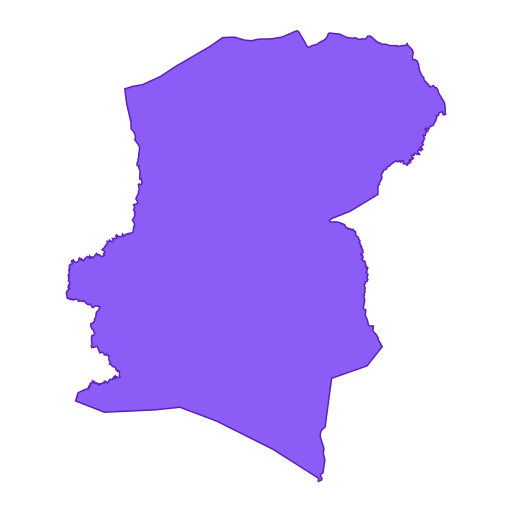 the district of Cahora Bassa, Tete, Mozambique
{"feature_id": "85939544B63348478902842", "entity_name": "Cahora Bassa", "entity_type": "district", "adm_level": 2, "iso_a3": "MOZ", "parent_name": "Mozambique", "parent_adm1": "Tete", "projection": "equal_earth", "projection_center": [32.439, -16.08], "detail": "fine", "context": "isolated", "style": "filled", "palette": "violet", "viewbox_px": 512, "rotation_deg": 0, "n_neighbors": 0, "source": "geoboundaries", "source_scale": "gbopen_adm2", "svg_char_len": 5943}
<svg xmlns="http://www.w3.org/2000/svg" viewBox="0 0 512 512"><path d="M407.1,43.6L405.8,45.4L402.2,45.6L399.2,46.5L397.6,45.7L389.4,45.5L385.7,44.2L382.8,44.3L377.1,41.9L370.6,36.2L367.8,36.1L365.4,39.2L363.1,38.8L358.7,39.4L355.7,37.8L352.2,38.2L346.9,37.5L339.7,34.1L329.4,33.0L328.4,33.6L327.3,36.6L325.1,39.4L318.6,43.0L317.7,44.2L312.0,45.6L308.6,47.5L306.7,46.0L304.6,41.7L298.6,31.6L296.8,30.7L282.3,37.0L272.1,38.8L258.1,39.2L251.7,40.7L245.0,40.2L234.1,37.1L222.6,37.6L210.7,46.0L175.0,66.8L160.4,76.5L142.2,84.8L132.6,86.4L124.8,88.9L126.7,103.8L131.0,122.2L131.1,128.9L133.7,131.7L134.8,134.1L135.5,136.9L134.8,139.7L138.9,145.6L139.7,148.7L138.8,153.4L138.7,157.5L138.1,158.4L138.1,160.7L137.2,162.6L137.0,165.0L137.4,165.8L139.0,166.0L138.7,167.8L140.1,170.6L139.6,178.7L140.2,179.4L141.3,178.8L141.9,181.9L141.7,183.7L141.0,184.8L139.0,183.9L138.3,184.5L139.4,189.6L138.4,191.3L138.5,193.4L136.3,197.4L135.9,199.0L137.6,201.8L137.7,203.4L133.5,204.8L134.7,207.8L133.5,209.8L135.0,212.5L134.5,213.1L135.0,214.4L134.4,216.9L132.3,220.1L133.8,221.9L134.7,225.5L133.6,226.5L134.0,228.0L133.3,228.8L133.4,230.9L132.7,232.3L130.2,233.6L129.4,233.2L129.0,234.0L128.1,233.5L125.1,234.7L124.1,236.0L123.5,235.9L122.6,234.2L121.8,236.3L121.1,236.6L118.6,236.6L116.7,234.9L115.7,236.1L116.8,237.3L116.6,238.4L112.4,238.5L113.4,240.3L112.9,241.5L111.2,241.4L109.6,240.0L109.0,241.6L107.2,241.2L107.0,243.5L104.1,247.9L102.1,249.6L104.0,250.9L104.8,252.5L103.4,253.9L104.4,255.2L103.3,256.0L101.0,256.4L98.8,254.3L97.7,255.3L96.5,253.4L93.0,258.0L91.7,256.7L90.7,257.7L89.6,256.0L89.3,258.0L87.6,256.5L85.4,257.9L84.3,259.7L84.2,261.3L83.8,260.4L82.5,260.3L82.0,259.4L81.2,259.7L81.0,258.6L80.1,258.8L79.6,258.0L79.0,258.6L78.4,261.2L76.2,262.6L74.3,261.6L73.3,259.9L72.8,260.3L73.1,261.7L72.3,260.5L71.7,260.6L71.5,261.5L72.5,263.7L71.6,264.5L70.5,264.1L69.3,265.6L69.3,268.3L69.9,269.2L68.7,270.1L69.4,272.0L68.9,274.4L68.1,275.0L69.3,276.4L68.4,277.3L69.0,278.6L68.3,280.9L69.5,281.9L69.7,283.1L69.2,284.1L69.4,285.2L68.4,285.4L68.9,286.3L68.1,287.3L69.7,288.7L68.1,289.5L68.2,290.1L66.8,291.5L66.3,293.0L67.3,298.2L68.4,298.0L69.3,299.2L71.1,299.6L71.7,299.0L72.7,299.9L74.5,299.8L75.1,299.1L77.3,299.4L78.6,300.1L78.4,301.3L81.4,300.8L82.4,301.5L83.8,300.7L87.0,304.1L88.7,304.8L89.2,304.1L90.3,304.3L92.3,307.4L93.4,307.5L94.3,306.4L95.9,305.9L99.9,306.7L98.5,310.3L97.1,311.3L96.1,313.3L95.8,317.4L94.5,319.0L94.6,320.8L92.2,323.5L90.9,323.6L90.8,326.3L91.9,328.9L93.0,329.5L94.7,333.7L93.8,335.3L92.1,335.2L91.5,337.4L91.6,342.6L92.7,344.1L91.3,345.4L91.5,347.0L91.8,347.6L97.3,346.4L99.9,353.0L101.9,352.1L104.1,353.6L104.2,354.8L106.0,355.0L106.4,354.0L107.5,355.5L108.6,355.6L109.1,358.0L108.8,359.8L110.2,362.3L110.2,363.2L109.5,364.0L110.9,364.5L112.6,366.6L114.7,366.9L115.8,368.4L116.3,370.4L117.1,370.3L117.7,371.4L118.2,370.6L118.7,370.8L119.6,372.9L119.3,375.5L120.0,377.1L118.5,377.5L116.4,376.6L115.4,378.5L114.9,377.3L115.1,376.0L114.0,376.9L114.1,378.6L113.5,377.5L112.9,378.2L112.8,379.5L109.8,379.3L107.5,383.3L106.2,381.5L104.3,381.2L104.1,383.3L102.5,382.9L100.9,384.1L100.0,383.6L99.4,384.7L98.6,383.8L98.0,384.7L96.8,382.9L95.2,383.5L94.5,381.5L93.9,381.5L93.5,382.6L92.5,381.2L92.5,382.4L91.5,382.5L91.1,383.5L90.3,383.3L90.3,385.1L89.4,385.3L89.0,386.2L89.5,386.9L88.7,386.9L88.8,388.0L88.3,387.6L87.9,388.9L85.0,389.5L78.0,392.8L75.6,401.0L104.4,412.2L154.8,409.9L179.8,407.2L216.6,421.1L272.9,449.3L318.5,478.2L318.2,481.3L321.5,480.1L322.1,478.7L320.6,475.6L320.6,474.3L323.0,472.8L324.9,460.0L323.3,453.1L324.0,448.6L320.4,437.2L320.2,434.3L321.3,430.4L325.1,427.0L331.6,378.3L367.0,365.9L382.2,346.7L377.9,339.0L378.3,338.0L376.6,335.1L372.8,330.8L373.4,326.0L369.5,325.9L368.6,325.3L367.4,320.3L365.2,314.8L365.8,309.8L363.8,308.9L363.3,307.7L364.6,301.7L364.5,298.5L363.7,297.1L364.3,295.2L364.0,294.0L365.1,291.8L364.6,289.8L365.3,288.5L364.2,285.5L365.4,282.9L365.3,281.7L367.1,281.5L367.8,279.6L367.1,276.4L368.0,275.0L367.6,273.7L366.1,272.6L366.9,271.6L366.8,270.5L367.8,268.1L367.0,268.0L367.3,267.5L366.9,267.0L366.2,267.4L366.2,266.1L365.3,265.8L365.7,264.6L364.8,261.1L363.4,261.0L362.4,260.1L362.6,259.0L361.8,258.8L363.1,257.1L362.4,255.0L361.3,255.3L360.9,253.8L363.0,252.7L363.0,251.2L362.3,250.3L362.7,249.4L361.6,248.3L361.7,246.8L360.6,246.7L361.0,245.4L360.0,244.3L360.2,243.3L359.2,242.9L360.0,240.8L358.6,239.0L358.6,237.8L355.5,234.9L355.8,233.4L355.4,231.5L354.5,231.6L354.1,230.5L353.1,230.2L353.0,229.3L351.7,230.1L350.6,228.7L348.2,229.0L348.1,228.1L345.7,227.3L345.2,225.4L344.0,224.3L343.0,224.4L342.7,223.6L341.3,223.7L340.5,222.8L336.6,221.8L331.5,222.1L329.6,221.3L329.4,220.5L331.8,218.5L350.0,211.3L377.8,194.5L378.1,185.5L379.6,184.2L379.3,182.9L381.8,178.4L381.9,176.3L381.1,174.5L383.1,171.9L383.8,170.0L386.1,169.4L387.6,166.7L389.3,166.2L390.7,164.5L395.8,161.0L397.9,161.9L399.7,160.8L400.6,162.1L401.8,160.6L402.8,160.6L403.4,161.1L402.9,162.2L403.3,163.6L405.2,163.9L407.5,165.2L407.8,163.4L409.5,163.3L409.3,161.1L410.6,161.7L409.9,159.8L411.3,160.0L413.3,158.4L413.0,157.6L412.2,158.2L411.7,155.5L414.2,155.2L414.4,153.7L415.0,153.4L417.4,154.4L419.6,154.4L419.4,153.6L418.1,152.9L417.9,151.0L418.6,149.3L420.8,150.8L421.6,149.3L423.2,149.7L420.2,147.4L421.5,147.3L421.4,146.3L423.4,144.6L421.9,143.0L423.3,141.9L423.8,139.6L424.6,138.6L423.1,135.2L425.2,135.6L426.0,132.4L427.5,131.4L426.3,130.7L426.2,129.5L425.2,129.8L424.9,129.2L426.6,128.6L426.8,127.9L428.3,129.8L430.2,126.5L433.4,125.3L434.6,122.0L435.4,121.6L437.1,116.2L436.5,115.7L438.7,115.0L438.8,113.0L441.7,111.8L442.5,112.1L442.9,114.2L443.8,115.0L445.7,114.2L445.1,112.3L445.2,107.9L444.4,102.6L438.5,92.7L438.0,90.3L436.5,87.7L435.4,87.8L433.2,85.5L430.6,87.0L429.6,86.6L428.4,84.5L424.1,80.2L423.7,77.3L422.2,76.3L419.6,70.6L418.5,64.4L417.2,61.0L414.7,59.5L413.2,59.8L412.7,59.3L412.5,56.9L413.2,52.5L412.4,49.9L407.7,45.0L407.1,43.6Z" fill="#8b5cf6" stroke="#5b21b6" stroke-width="1.5"/></svg>